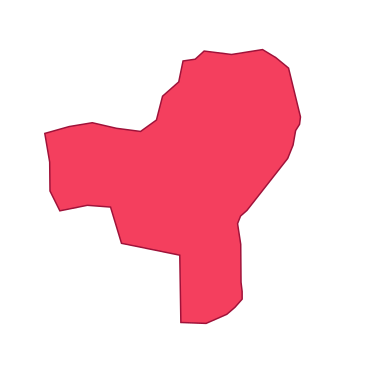 map outline of Dokolo (Albers equal-area conic projection), rotated 340°
{"feature_id": "UGA-3100", "entity_name": "Dokolo", "entity_type": "County", "adm_level": 1, "iso_a3": "UGA", "parent_name": "Uganda", "parent_adm1": "", "projection": "albers", "projection_center": [33.084, 1.906], "detail": "fine", "context": "isolated", "style": "filled", "palette": "rose", "viewbox_px": 384, "rotation_deg": 340, "n_neighbors": 0, "source": "natural_earth", "source_scale": "10m", "svg_char_len": 622}
<svg xmlns="http://www.w3.org/2000/svg" viewBox="0 0 384 384"><g transform="rotate(340 192 192)"><path d="M108.2,216.1L110.3,178.3L89.1,168.7L61.4,164.5L58.9,142.5L68.5,115.2L73.7,86.6L99.0,88.5L122.0,92.8L142.8,106.3L164.4,117.5L183.2,112.2L197.1,91.9L217.2,84.0L228.4,65.8L240.4,68.3L251.6,63.7L276.2,76.3L307.0,82.3L316.8,94.5L325.1,108.6L319.6,158.6L316.2,165.2L310.4,169.7L303.0,182.5L293.4,193.2L237.3,228.1L229.4,231.2L224.0,237.3L219.9,257.8L207.2,293.6L205.1,302.6L202.5,309.8L193.0,315.0L183.0,318.8L160.3,320.3L136.9,310.8L158.9,247.2L108.2,216.1Z" fill="#f43f5e" stroke="#9f1239" stroke-width="1.5"/></g></svg>